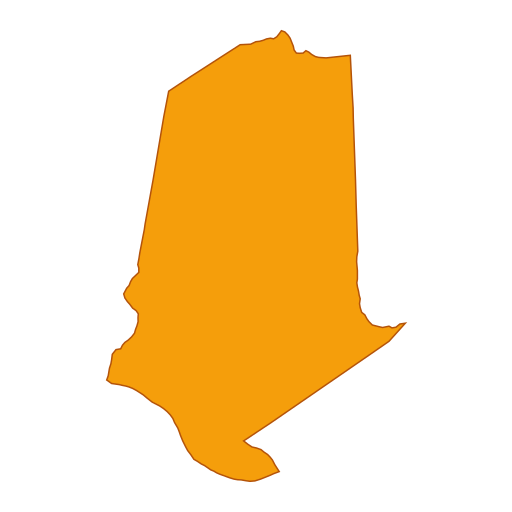 the district of Santa Izabel do Pará, Pará, Brazil
{"feature_id": "56859067B15714421948478", "entity_name": "Santa Izabel do Pará", "entity_type": "district", "adm_level": 2, "iso_a3": "BRA", "parent_name": "Brazil", "parent_adm1": "Pará", "projection": "natural_earth1", "projection_center": [-48.143, -1.368], "detail": "fine", "context": "isolated", "style": "filled", "palette": "amber", "viewbox_px": 512, "rotation_deg": 0, "n_neighbors": 0, "source": "geoboundaries", "source_scale": "gbopen_adm2", "svg_char_len": 1927}
<svg xmlns="http://www.w3.org/2000/svg" viewBox="0 0 512 512"><path d="M106.7,380.0L111.6,383.5L119.3,384.6L122.5,385.4L125.6,386.0L128.8,386.9L132.6,388.4L136.5,390.5L143.3,394.9L147.2,398.2L152.3,402.2L159.6,405.9L163.6,408.6L167.2,411.6L170.3,414.9L172.9,418.5L174.6,422.6L177.8,428.0L179.3,431.9L180.5,435.4L182.7,440.8L185.6,446.7L187.7,450.6L190.7,454.5L193.9,459.3L197.2,461.2L201.2,463.9L204.6,465.6L210.8,469.9L213.8,471.1L216.6,472.8L219.8,474.2L229.7,477.8L234.0,479.1L237.5,479.7L241.3,479.9L245.7,480.7L250.0,481.3L254.9,480.9L260.6,479.1L270.3,475.2L273.8,473.6L279.2,471.6L274.8,464.7L272.4,460.0L270.1,457.1L267.6,454.5L264.0,452.1L261.0,449.6L256.5,448.0L252.0,447.0L247.9,444.3L243.6,440.9L271.4,422.4L353.1,366.1L375.0,351.0L389.0,341.3L405.3,323.2L399.9,324.0L396.0,327.2L392.0,327.9L389.0,326.2L382.6,327.5L379.4,326.8L372.3,325.0L368.9,321.6L366.9,318.8L364.8,314.8L361.7,312.4L360.2,307.7L359.5,303.7L360.2,298.8L359.2,295.3L358.5,291.1L357.5,287.2L356.8,282.8L357.4,279.1L357.4,270.5L356.6,261.8L356.8,256.8L357.8,251.2L356.2,205.5L355.5,180.1L353.3,118.3L353.1,108.0L352.3,94.7L350.3,55.3L326.1,57.9L318.7,57.4L315.4,56.6L311.7,54.5L308.8,52.1L305.9,50.7L303.1,53.1L299.5,53.3L296.4,53.1L294.1,50.0L293.3,46.2L290.1,38.2L287.9,35.0L284.8,31.9L281.4,30.7L279.4,33.5L276.8,36.8L273.6,38.8L270.4,38.2L266.6,38.9L263.2,40.3L259.6,41.3L255.9,41.7L250.6,44.2L240.2,44.7L191.0,76.4L168.7,91.2L163.8,116.6L153.0,180.4L145.1,224.0L144.3,229.7L143.1,235.8L139.8,252.9L139.0,258.2L137.8,264.6L138.8,268.1L138.8,272.4L132.4,278.5L130.6,281.6L129.1,285.5L126.7,288.2L123.7,293.9L124.9,298.0L127.4,301.6L129.8,304.3L132.7,308.2L136.1,310.6L138.3,313.8L138.0,317.7L138.1,321.7L136.9,326.0L135.6,329.3L134.5,333.2L131.7,336.8L128.2,340.1L124.9,342.4L122.5,345.2L120.7,348.8L116.0,349.6L112.3,354.3L111.6,359.9L110.9,363.8L109.5,368.1L108.2,375.8L106.7,380.0Z" fill="#f59e0b" stroke="#b45309" stroke-width="1.5"/></svg>